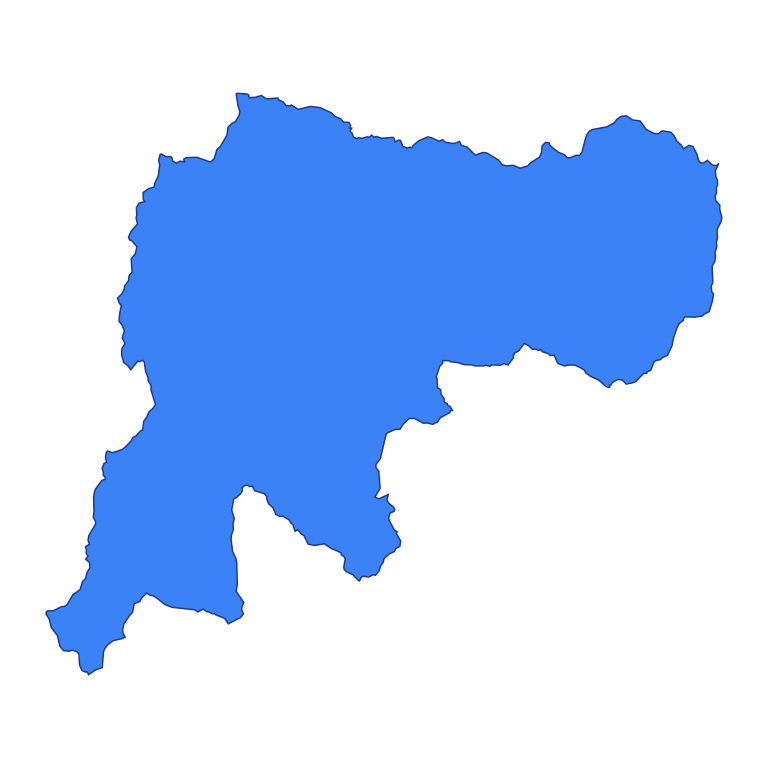 the district of Dabeiba, Antioquia, Colombia
{"feature_id": "7082276B69715084527622", "entity_name": "Dabeiba", "entity_type": "district", "adm_level": 2, "iso_a3": "COL", "parent_name": "Colombia", "parent_adm1": "Antioquia", "projection": "robinson", "projection_center": [-76.345, 6.943], "detail": "fine", "context": "isolated", "style": "filled", "palette": "blue", "viewbox_px": 768, "rotation_deg": 0, "n_neighbors": 0, "source": "geoboundaries", "source_scale": "gbopen_adm2", "svg_char_len": 6077}
<svg xmlns="http://www.w3.org/2000/svg" viewBox="0 0 768 768"><path d="M702.6,315.9L704.0,314.2L709.2,311.7L712.5,300.6L713.5,293.8L711.7,291.6L711.2,286.3L712.8,282.5L712.2,265.9L714.7,261.9L715.6,255.9L714.9,252.9L716.8,246.6L716.4,242.3L717.5,238.0L717.0,229.8L721.2,221.2L721.9,217.9L719.7,209.1L719.9,205.5L715.6,200.3L715.2,196.0L716.5,193.2L716.5,187.6L717.6,184.7L717.4,180.0L716.0,177.1L715.3,171.0L718.8,163.4L716.7,165.5L712.4,165.2L707.3,160.3L703.3,163.1L700.4,162.8L698.5,160.1L697.0,154.4L693.0,146.5L689.0,145.4L683.6,148.8L681.1,145.0L676.9,141.2L673.9,135.4L670.8,132.2L663.1,130.9L661.4,131.3L658.6,133.8L653.9,133.4L646.2,129.4L640.2,121.0L632.5,119.9L626.5,115.8L621.0,116.4L616.7,119.5L614.5,122.7L606.9,126.8L592.1,129.6L589.3,131.3L587.0,134.5L585.3,139.0L582.0,152.2L579.5,155.5L576.4,155.2L569.5,157.9L567.2,157.7L564.7,154.9L558.0,152.0L552.1,147.3L549.8,145.1L549.2,142.8L545.5,142.4L542.2,145.7L541.4,152.8L539.4,157.2L530.0,163.2L527.5,166.1L520.0,168.2L513.2,165.3L506.8,165.9L502.5,164.9L498.2,159.8L487.1,153.1L482.9,152.4L475.3,155.2L467.4,147.3L461.3,145.2L459.5,141.5L454.7,143.3L451.5,143.3L444.9,142.1L442.5,139.7L439.0,141.2L431.4,137.7L427.6,136.9L418.5,140.9L413.1,145.6L412.1,147.7L409.9,147.1L407.2,148.1L402.8,146.3L400.5,140.4L398.4,140.1L395.1,142.0L394.3,138.7L392.9,137.4L381.5,138.2L376.6,136.5L374.0,137.1L371.6,135.1L369.5,137.2L367.2,136.8L362.1,138.3L358.5,137.7L356.9,138.6L353.5,137.1L352.1,133.1L349.9,131.2L351.6,128.2L349.8,128.0L350.7,125.8L349.0,122.4L343.3,122.1L340.7,118.7L335.1,116.6L331.5,112.9L320.0,107.6L310.4,106.4L298.4,109.4L291.2,105.1L289.7,105.9L286.0,105.6L283.4,102.1L278.9,99.9L277.8,98.0L266.5,98.9L261.3,95.5L255.3,97.3L248.8,97.6L248.8,95.1L247.1,94.0L237.1,93.3L236.2,94.0L236.6,96.8L238.0,106.0L239.9,111.7L239.1,115.5L235.4,121.6L231.8,123.5L227.9,127.4L227.0,135.1L220.3,146.5L216.9,149.6L214.2,158.6L211.0,161.7L209.4,161.7L196.9,157.3L186.3,157.6L183.7,159.1L184.6,161.8L180.1,161.2L176.4,163.2L172.6,161.0L172.0,157.8L170.9,156.8L165.7,156.5L161.1,153.9L160.0,154.9L158.7,160.0L159.7,165.1L158.2,175.9L154.8,183.4L154.0,187.1L148.7,188.6L143.1,192.5L143.3,199.5L144.9,201.7L139.1,203.0L136.4,207.7L136.8,214.8L136.1,218.1L137.5,224.0L131.2,231.1L128.5,237.1L129.6,240.0L131.9,240.7L137.0,246.9L135.2,253.9L131.2,258.9L132.1,272.0L129.1,275.6L128.5,280.7L124.7,285.9L124.0,289.7L121.8,293.9L117.5,298.1L119.3,303.2L121.3,305.7L119.6,313.8L119.0,321.2L122.0,325.0L124.4,330.9L122.2,338.1L124.3,341.7L124.7,344.1L122.0,348.4L121.6,354.9L123.8,362.5L127.5,365.4L130.8,369.7L137.7,361.2L139.6,361.7L142.8,360.3L144.3,362.1L145.6,371.3L148.3,378.4L147.9,380.0L151.1,385.7L151.0,389.9L155.5,404.5L152.9,408.4L148.9,411.9L147.2,416.4L143.7,421.4L142.7,429.8L140.5,431.0L135.9,436.2L132.8,437.3L131.7,440.2L126.0,446.4L122.2,449.5L116.0,451.6L112.1,452.6L107.7,451.0L106.4,452.1L105.5,457.0L106.5,462.4L103.9,463.5L102.2,468.6L103.5,472.8L103.1,475.1L105.0,476.8L105.2,479.1L101.8,480.5L96.2,488.1L94.8,490.7L93.6,497.2L94.0,511.8L93.3,517.6L95.4,521.1L95.6,523.9L88.7,535.9L88.1,540.4L89.4,544.3L85.6,546.6L86.5,550.6L86.1,553.1L87.9,556.1L85.7,559.3L89.4,562.3L90.0,567.5L87.1,572.4L85.5,578.7L82.6,581.4L80.1,589.6L72.9,594.7L67.4,604.2L64.6,606.4L61.6,606.6L53.0,610.9L47.7,610.9L46.1,612.2L46.1,614.0L49.2,619.1L51.3,627.5L57.5,635.7L59.9,646.3L63.4,650.6L69.1,651.2L72.7,650.1L76.9,651.7L79.0,654.2L79.5,664.8L81.6,669.9L83.4,671.4L87.6,672.3L88.5,674.7L95.6,669.9L102.3,667.6L103.5,651.7L104.7,648.7L107.9,644.7L113.1,640.7L122.8,638.4L125.2,637.0L123.2,633.7L122.6,630.1L123.8,624.2L129.5,615.6L132.5,612.4L134.3,603.6L139.9,601.5L141.5,598.1L146.6,593.0L150.3,595.4L152.9,595.6L156.0,597.4L165.0,604.6L172.1,607.3L194.7,609.8L197.9,611.9L203.1,609.1L207.1,611.9L208.3,611.7L212.8,613.9L214.9,613.6L215.5,614.7L224.7,618.4L228.3,623.8L240.4,617.6L243.5,613.9L241.8,610.0L241.7,607.3L243.8,602.5L236.1,591.2L237.3,584.8L236.7,562.3L235.9,558.5L232.6,551.4L231.1,540.0L231.4,534.9L233.3,529.9L233.0,523.4L234.3,518.7L231.7,510.0L233.8,498.7L236.1,497.8L240.3,494.1L242.4,490.7L242.0,487.8L244.8,485.4L247.8,485.4L249.5,486.6L252.2,486.1L254.8,490.8L264.6,493.7L266.6,496.4L266.9,499.4L268.6,503.9L272.9,507.6L275.9,514.7L276.4,514.3L279.5,516.4L283.3,516.4L289.1,519.9L290.9,523.1L292.8,524.4L295.1,531.3L297.7,529.7L301.5,534.1L304.0,535.6L308.2,544.2L314.7,545.4L324.6,543.8L330.6,548.1L341.0,552.7L341.4,554.9L343.9,556.5L345.2,558.9L343.8,567.0L344.2,569.5L346.4,571.7L352.8,574.7L358.4,580.5L359.5,581.0L361.5,577.1L363.2,576.2L368.8,577.0L373.1,574.7L375.5,575.3L379.2,570.7L380.5,566.3L383.2,562.3L384.0,558.7L389.1,554.0L394.4,551.5L395.8,548.5L399.9,546.4L400.7,541.0L396.3,533.5L397.2,531.9L394.0,529.6L389.0,519.8L388.8,517.5L390.1,512.9L394.0,511.5L394.8,509.6L393.0,506.6L388.8,503.3L386.9,500.0L388.3,494.5L378.9,498.8L374.9,497.1L380.1,488.4L378.8,471.5L376.1,467.8L375.9,464.6L380.4,458.4L386.1,434.3L387.3,432.9L395.2,429.4L399.9,429.4L403.0,424.4L409.0,418.5L414.6,418.5L423.2,423.2L427.3,423.0L432.8,424.3L437.6,421.9L440.5,417.6L449.7,412.6L450.8,410.5L452.5,410.5L450.0,406.4L448.1,405.6L447.1,403.5L444.9,402.7L444.0,401.0L444.3,399.0L441.0,394.0L440.7,389.8L437.5,387.7L437.0,378.5L436.3,376.7L439.8,366.1L442.7,363.0L442.7,360.6L449.2,360.7L450.4,361.7L458.0,362.6L464.3,364.7L471.5,364.8L475.2,365.9L483.5,365.9L485.9,365.2L489.8,366.4L491.6,364.8L500.0,365.3L503.8,363.7L508.1,364.9L513.5,357.8L513.4,355.6L514.7,353.0L518.8,350.8L524.2,343.5L528.3,345.5L532.2,349.1L535.6,349.2L538.6,350.4L540.8,349.5L542.3,351.7L548.2,353.7L550.4,355.6L554.1,355.0L557.5,362.7L558.9,363.9L564.7,366.0L567.2,365.1L574.4,365.0L580.1,367.5L584.5,370.1L585.7,372.8L590.5,376.3L598.9,380.2L606.0,386.5L608.9,387.6L609.9,386.9L609.6,385.2L611.3,384.7L612.3,382.5L617.7,379.5L622.1,379.9L626.2,384.1L633.5,382.6L636.1,381.2L643.7,373.4L646.6,373.4L647.3,371.7L650.7,370.5L654.0,361.9L655.9,360.5L660.3,359.7L662.6,357.5L667.5,355.4L672.2,345.3L673.2,339.1L676.9,327.9L679.5,323.2L682.9,320.9L684.5,316.9L695.2,317.1L702.6,315.9Z" fill="#3b82f6" stroke="#1e3a8a" stroke-width="1.5"/></svg>